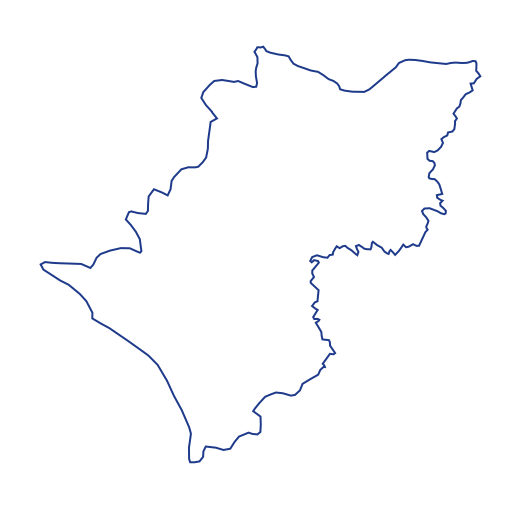 the district of Tewor, Grand Cape Mount, Liberia, rotated 3°
{"feature_id": "62588387B21593373041420", "entity_name": "Tewor", "entity_type": "district", "adm_level": 2, "iso_a3": "LBR", "parent_name": "Liberia", "parent_adm1": "Grand Cape Mount", "projection": "orthographic", "projection_center": [-11.287, 6.943], "detail": "fine", "context": "isolated", "style": "outline", "palette": "blue", "viewbox_px": 512, "rotation_deg": 3, "n_neighbors": 0, "source": "geoboundaries", "source_scale": "gbopen_adm2", "svg_char_len": 4352}
<svg xmlns="http://www.w3.org/2000/svg" viewBox="0 0 512 512"><g transform="rotate(3 256 256)"><path d="M330.6,363.3L330.1,362.0L328.9,360.7L328.3,360.1L335.0,349.8L338.5,350.1L340.1,348.8L334.6,341.6L334.5,340.4L334.3,338.2L333.2,336.2L329.7,336.0L326.7,335.8L325.8,332.4L325.2,328.4L322.8,324.8L319.2,319.5L321.9,317.6L322.6,316.4L320.8,315.6L317.5,315.9L316.6,314.5L316.3,314.0L320.1,307.2L320.4,306.7L317.8,305.3L314.6,303.0L317.2,299.2L319.8,298.0L319.8,296.5L320.1,290.5L320.3,286.9L312.1,280.0L311.9,278.2L315.0,274.0L313.1,270.5L313.0,267.4L313.7,266.6L317.6,261.4L319.1,259.3L318.2,257.8L314.2,257.1L312.0,259.4L310.4,258.1L312.2,254.1L316.9,252.1L320.1,252.9L323.2,253.7L327.4,254.0L329.5,251.2L332.6,250.6L332.8,248.2L334.6,244.6L336.1,242.1L339.1,243.8L342.4,241.6L344.6,241.2L347.0,243.1L351.0,245.3L355.1,248.5L357.1,249.9L358.1,246.6L356.6,244.0L355.3,240.9L358.2,239.6L361.3,241.4L363.7,243.0L366.1,243.4L370.0,243.4L370.7,241.4L371.1,236.9L372.0,235.7L376.4,238.8L381.1,241.1L384.0,244.8L386.7,246.5L388.3,247.0L389.1,244.2L390.1,242.9L392.8,245.4L394.9,247.6L398.5,243.4L400.9,239.6L401.6,238.4L402.5,236.9L405.4,239.4L408.1,238.7L412.2,236.0L415.8,237.5L418.3,237.2L423.9,223.3L426.0,220.8L424.8,219.1L424.6,218.0L424.5,217.6L425.7,214.6L426.4,211.9L424.0,208.5L420.9,205.5L419.4,202.4L421.7,199.8L426.8,199.2L435.2,201.9L438.3,203.6L441.9,204.4L443.1,203.6L443.3,201.0L440.3,198.1L437.6,196.1L437.1,193.6L439.4,191.0L437.3,190.3L434.0,188.4L433.4,185.8L438.7,184.3L437.0,179.4L435.2,174.7L432.9,172.0L430.4,169.9L427.6,169.9L425.1,169.4L424.3,168.2L424.8,164.2L428.2,160.2L429.9,156.1L429.3,153.7L427.5,152.0L425.2,151.9L424.4,151.8L422.2,150.1L421.5,143.9L423.4,142.0L428.6,142.9L431.9,141.0L435.1,137.3L436.8,133.3L435.0,129.6L437.3,127.5L440.7,125.6L441.3,122.6L445.6,121.4L447.4,119.0L447.9,113.4L447.6,111.0L448.6,109.5L449.4,108.2L448.2,106.4L445.8,103.5L448.9,98.1L451.2,96.2L452.1,93.3L452.5,89.5L454.6,86.9L456.9,83.5L460.9,81.4L463.7,79.2L463.0,77.3L461.3,72.6L464.5,72.2L467.1,67.6L470.6,64.8L469.5,63.2L468.8,62.2L466.2,59.5L466.2,56.9L466.1,52.3L465.1,50.0L462.1,49.9L459.7,51.0L456.7,52.0L454.9,52.2L451.3,52.5L445.4,52.4L440.6,53.0L435.8,54.3L419.8,53.5L412.2,52.5L404.3,51.9L398.4,52.0L396.8,52.3L394.6,52.7L388.6,55.8L388.3,56.3L385.8,60.2L380.0,65.5L375.5,69.6L374.4,70.7L368.2,76.5L363.4,81.0L360.3,83.8L355.4,86.5L350.8,86.6L343.8,86.9L341.5,86.7L335.7,86.2L331.3,85.1L330.1,82.0L328.1,79.5L324.1,77.1L320.3,75.9L319.3,75.6L318.3,74.9L313.5,71.7L308.4,68.9L301.1,67.9L289.7,64.6L288.1,64.2L283.4,62.0L282.2,60.6L280.6,58.7L278.1,54.9L274.2,54.1L267.7,53.6L259.6,52.2L255.5,50.8L254.3,48.9L253.6,48.2L252.3,46.6L249.8,47.5L247.7,47.4L246.3,47.6L245.7,49.1L243.8,52.1L247.0,57.3L247.5,63.6L246.4,67.8L246.0,71.4L246.5,76.6L248.0,83.1L247.4,86.9L244.1,87.5L235.9,84.7L229.0,82.2L224.9,83.3L218.7,82.6L212.9,82.0L205.1,83.4L200.8,87.7L194.8,95.1L193.1,101.0L198.1,107.9L201.6,111.4L204.6,114.4L204.6,114.8L209.8,120.7L209.1,121.1L203.7,124.5L203.6,125.7L202.8,135.4L202.1,143.5L202.3,151.5L201.3,158.3L201.1,160.2L197.7,165.4L195.4,167.9L193.8,169.8L191.0,170.6L185.2,170.9L183.9,170.9L177.0,173.3L170.1,181.4L167.8,185.5L167.2,193.8L166.9,194.5L164.6,200.1L158.8,197.5L150.6,194.7L145.7,202.1L145.5,209.1L145.7,216.6L143.8,219.7L135.8,219.3L129.1,218.0L126.8,218.9L124.1,226.3L129.3,231.5L129.8,232.1L134.7,238.0L139.1,245.3L140.4,252.5L141.3,257.2L140.0,258.8L137.7,258.0L136.3,257.5L129.6,254.9L120.6,255.2L109.8,258.3L100.6,262.2L96.9,266.1L94.0,273.1L91.2,276.6L81.9,273.1L75.4,273.2L60.3,273.5L52.8,273.5L45.7,273.1L41.4,275.7L44.4,280.7L61.9,290.8L69.5,294.1L70.4,294.5L82.0,303.1L88.9,309.9L95.6,321.2L95.8,326.9L105.1,331.8L113.3,335.7L123.3,341.8L133.0,347.7L153.3,360.7L154.5,361.7L163.5,369.9L173.7,385.3L181.3,399.8L186.2,407.8L189.8,413.6L198.2,430.5L200.3,436.8L199.7,444.2L199.1,450.7L199.8,462.0L201.0,465.4L205.3,465.2L210.3,464.1L213.7,459.3L213.7,453.9L215.8,448.9L225.9,449.5L233.7,451.4L240.4,449.8L244.4,442.7L245.0,441.9L248.5,437.2L257.8,432.8L261.9,433.9L264.9,434.0L266.8,434.1L269.6,431.5L269.6,423.9L268.9,416.1L261.3,411.1L262.8,408.5L267.1,402.6L272.5,396.1L278.3,393.3L283.0,391.3L289.1,391.6L290.1,391.7L298.1,393.6L302.2,392.7L306.9,387.9L309.2,381.2L311.6,379.6L317.0,375.9L324.3,371.3L326.2,366.3L329.2,363.3L330.6,363.3Z" fill="none" stroke="#1e3a8a" stroke-width="2"/></g></svg>